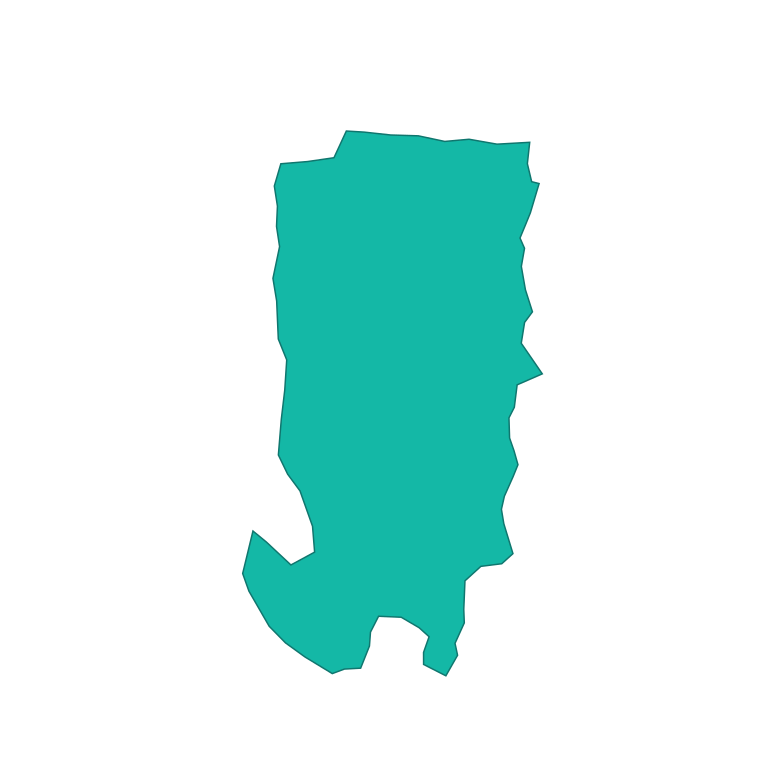 the district of Ardana, Cyprus, rotated 27°
{"feature_id": "46923920B85221731865635", "entity_name": "Ardana", "entity_type": "district", "adm_level": 2, "iso_a3": "CYP", "parent_name": "Cyprus", "parent_adm1": "", "projection": "equal_earth", "projection_center": [33.895, 35.353], "detail": "fine", "context": "isolated", "style": "filled", "palette": "teal", "viewbox_px": 768, "rotation_deg": 27, "n_neighbors": 0, "source": "geoboundaries", "source_scale": "gbopen_adm2", "svg_char_len": 1130}
<svg xmlns="http://www.w3.org/2000/svg" viewBox="0 0 768 768"><g transform="rotate(27 384 384)"><path d="M192.1,234.6L196.4,257.4L208.3,273.9L216.7,292.4L228.6,309.0L237.1,340.3L250.7,358.8L269.4,391.9L286.4,406.7L298.3,434.4L308.5,462.0L322.1,495.2L339.1,508.1L357.7,517.4L384.9,543.2L398.5,565.3L383.2,587.5L350.9,578.2L334.0,574.5L337.9,590.9L344.1,617.0L357.7,629.9L391.7,652.0L413.8,659.4L437.6,663.1L469.4,665.5L478.1,656.0L492.2,647.8L490.0,624.1L484.6,611.2L484.6,593.4L505.2,584.0L525.9,585.2L538.9,588.7L541.1,605.2L546.6,615.9L571.6,615.9L572.7,592.3L565.0,582.8L564.0,560.4L557.4,548.6L545.5,522.6L553.1,502.5L570.5,490.7L575.9,476.6L554.2,454.1L545.5,442.3L542.2,429.3L541.1,408.1L540.0,395.1L530.2,384.5L520.4,375.1L510.7,357.4L510.7,345.6L503.0,324.3L520.4,303.1L509.6,297.2L487.8,285.4L481.3,265.3L483.5,252.3L467.2,235.8L453.0,216.9L447.6,199.3L438.9,192.2L437.8,178.0L436.7,165.0L431.2,135.0L423.7,136.7L411.7,122.6L404.1,102.5L375.8,119.0L348.7,127.3L328.0,140.3L301.9,147.3L276.9,159.1L251.9,168.6L235.6,175.7L236.7,205.1L214.9,220.5L192.1,234.6Z" fill="#14b8a6" stroke="#0f766e" stroke-width="1.5"/></g></svg>